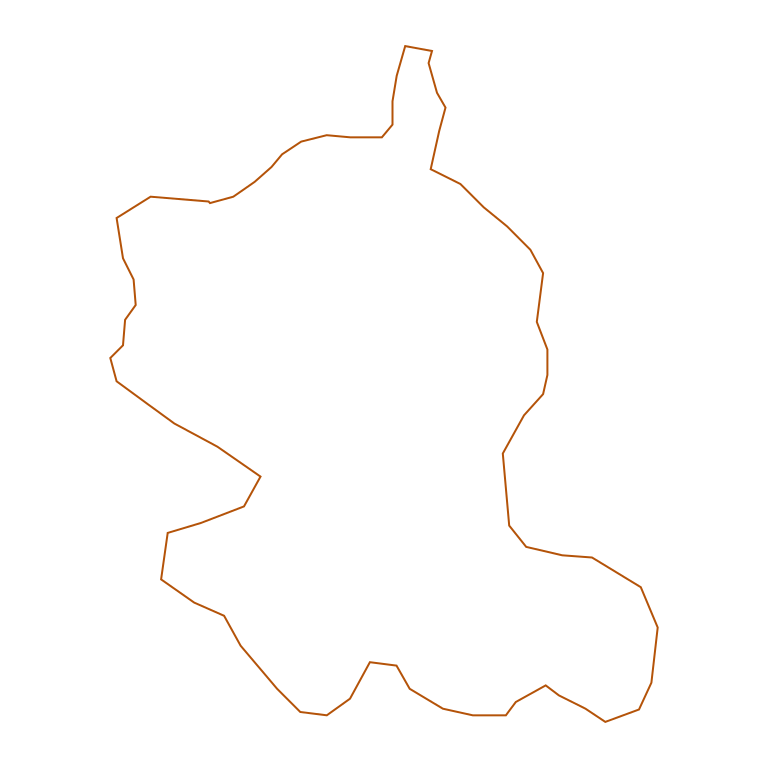 the district of Changnyeong-gun, South Gyeongsang, South Korea
{"feature_id": "91817680B39611758954351", "entity_name": "Changnyeong-gun", "entity_type": "district", "adm_level": 2, "iso_a3": "KOR", "parent_name": "South Korea", "parent_adm1": "South Gyeongsang", "projection": "mercator", "projection_center": [128.494, 35.525], "detail": "fine", "context": "isolated", "style": "outline", "palette": "amber", "viewbox_px": 768, "rotation_deg": 0, "n_neighbors": 0, "source": "geoboundaries", "source_scale": "gbopen_adm2", "svg_char_len": 1069}
<svg xmlns="http://www.w3.org/2000/svg" viewBox="0 0 768 768"><path d="M432.0,51.0L405.2,46.1L396.7,75.8L392.5,101.3L392.5,124.6L381.9,137.3L350.0,137.3L326.7,135.2L301.2,141.6L282.1,154.3L271.5,167.0L254.6,181.9L233.3,196.7L214.3,201.9L210.0,203.1L208.6,201.5L150.6,196.7L116.6,218.0L123.0,258.3L133.6,279.5L135.7,305.0L125.1,319.8L123.0,345.3L110.3,358.0L116.6,381.3L148.5,404.7L163.9,415.9L174.3,423.5L217.4,446.7L260.5,476.6L244.0,506.4L200.8,523.0L167.7,532.9L161.1,579.4L194.2,602.6L224.1,615.8L240.6,645.7L270.0,680.4L277.1,688.8L300.3,712.0L326.8,715.3L350.0,698.7L369.9,662.2L396.5,665.6L409.7,688.8L442.9,708.7L472.7,715.3L505.9,715.3L508.7,711.5L515.8,702.0L545.7,685.4L558.9,695.4L585.5,708.7L605.3,721.9L639.0,709.5L651.4,682.7L657.7,627.5L640.8,587.2L592.0,557.5L562.2,555.3L526.2,546.9L509.2,525.6L502.8,453.5L524.0,415.3L543.1,394.1L547.4,375.0L547.4,349.5L536.8,321.9L543.1,273.1L530.4,249.8L507.1,226.4L483.7,207.3L460.4,184.0L430.7,169.2L439.2,131.0L445.5,107.6L437.0,92.8L428.6,63.1L432.0,51.0Z" fill="none" stroke="#b45309" stroke-width="2"/></svg>